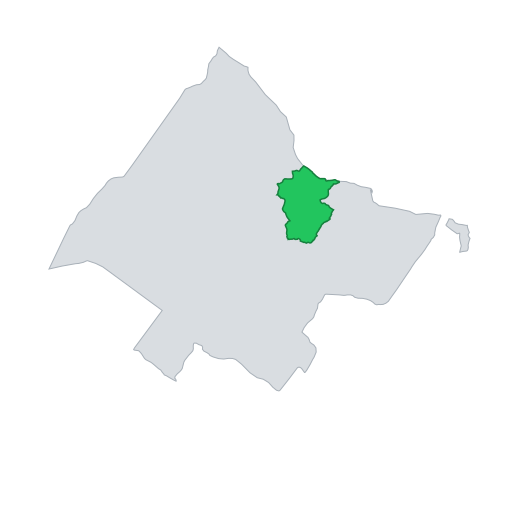 Cuanza Sul on a map of Angola (Albers equal-area conic projection), rotated 125°
{"feature_id": "AGO-1879", "entity_name": "Cuanza Sul", "entity_type": "Province", "adm_level": 1, "iso_a3": "AGO", "parent_name": "Angola", "parent_adm1": "", "projection": "albers", "projection_center": [15.061, -10.94], "detail": "fine", "context": "in_parent", "style": "filled", "palette": "green", "viewbox_px": 512, "rotation_deg": 125, "n_neighbors": 0, "source": "natural_earth", "source_scale": "10m", "svg_char_len": 8252}
<svg xmlns="http://www.w3.org/2000/svg" viewBox="0 0 512 512"><g transform="rotate(125 256 256)"><path d="M404.4,249.7L404.9,253.0L405.3,257.6L405.5,260.9L405.9,262.3L406.0,263.1L405.5,263.9L405.1,265.9L404.4,267.6L404.0,268.8L404.2,271.1L403.5,277.6L403.3,280.8L404.1,286.7L403.9,288.5L401.7,293.8L401.1,296.4L400.9,297.8L402.9,301.8L402.8,302.6L401.2,302.8L399.8,302.8L354.4,301.6L352.9,369.6L352.8,375.3L354.0,383.0L356.5,391.4L357.5,392.2L360.2,393.8L363.8,397.0L365.8,399.4L370.0,403.6L375.4,409.0L385.4,418.1L351.2,423.8L338.1,425.8L337.0,425.8L335.1,424.8L330.9,424.6L325.9,425.7L322.0,426.0L319.2,425.4L316.4,424.2L313.7,422.6L308.9,421.9L302.1,422.2L295.6,421.8L289.3,420.6L284.8,420.1L282.1,420.3L279.2,420.0L276.1,419.0L273.6,417.4L270.5,414.0L268.1,410.9L267.5,410.4L266.7,409.9L265.9,409.8L252.5,409.5L170.4,409.0L160.8,409.6L160.1,409.5L158.9,409.1L158.1,408.4L155.4,406.6L153.1,405.3L149.9,403.0L147.8,400.5L146.1,399.7L143.0,399.3L140.7,398.8L138.8,398.7L135.5,400.0L133.0,401.1L131.2,402.3L128.1,403.6L125.5,404.9L121.0,404.8L120.0,405.0L117.5,404.9L115.1,403.8L112.7,404.0L110.0,405.4L106.2,406.0L107.0,396.6L107.9,392.5L107.9,387.5L107.2,374.6L106.5,372.8L106.0,370.8L108.4,369.2L109.6,367.9L111.2,365.8L112.3,362.8L113.6,356.2L118.5,340.9L120.8,325.9L123.7,318.8L124.8,310.9L133.2,300.6L135.2,294.3L139.6,291.1L145.8,287.8L150.2,281.9L152.3,277.9L154.7,270.1L154.6,262.0L156.1,251.1L155.8,248.0L153.4,243.7L153.0,240.6L150.8,237.6L148.5,235.3L147.4,231.2L143.3,224.8L142.2,220.5L140.3,217.4L139.9,213.6L138.9,209.6L136.9,205.6L135.0,201.1L135.0,199.7L136.1,197.9L137.3,197.4L136.9,198.2L136.1,199.3L136.3,200.1L143.8,192.0L144.3,190.5L144.0,188.7L144.0,186.6L144.3,184.1L137.0,169.4L131.3,155.8L130.3,148.9L122.7,139.9L119.6,134.0L117.9,129.9L116.6,128.3L117.1,127.5L119.0,127.3L123.4,126.3L129.3,125.2L134.7,122.8L136.2,121.7L139.1,121.4L142.0,122.1L143.1,121.6L143.7,121.6L150.7,121.5L153.5,121.3L158.9,121.4L162.3,121.6L164.2,121.8L169.4,122.2L175.8,122.1L178.1,121.9L186.6,121.8L202.5,121.5L210.8,121.6L217.2,121.6L220.1,122.5L222.7,124.1L223.9,125.6L224.5,126.3L225.3,127.8L226.7,129.1L227.2,131.0L226.8,133.6L226.9,136.7L227.8,140.4L229.5,144.3L232.1,148.3L233.2,151.5L232.9,153.9L233.7,156.4L235.6,159.0L237.0,160.4L237.9,161.5L240.1,165.5L247.2,176.9L248.3,177.5L249.9,177.3L253.2,176.8L256.5,176.8L258.9,177.8L259.9,177.6L263.5,175.7L267.0,175.2L270.7,174.4L272.7,173.7L274.9,173.7L281.0,175.3L282.1,175.4L287.0,175.5L292.0,174.7L292.8,168.2L292.8,166.9L294.0,164.5L295.6,162.4L295.8,160.4L295.7,157.6L296.9,154.2L300.2,151.6L305.6,150.4L308.6,150.2L313.4,149.5L320.7,148.9L323.4,149.1L323.6,149.4L322.0,154.1L321.9,155.6L322.4,157.1L323.7,158.0L338.1,158.5L352.0,159.3L352.8,159.5L353.4,159.9L354.2,162.2L353.9,166.7L352.4,173.2L352.8,179.4L355.0,185.2L355.1,194.0L352.9,205.8L352.4,213.3L353.4,216.5L355.6,219.8L358.9,223.3L361.5,227.8L363.3,233.3L363.9,236.8L363.3,238.2L363.3,240.6L363.8,244.1L363.1,246.4L361.2,247.5L360.5,249.1L361.4,252.1L361.6,254.8L362.8,256.7L363.7,256.8L365.6,255.9L368.0,254.1L369.8,253.4L372.4,253.6L376.0,254.2L382.4,254.5L384.4,254.2L390.5,251.9L392.0,251.8L394.4,252.1L397.7,252.9L401.1,253.2L402.7,252.5L402.9,251.5L403.5,250.2L404.4,249.7ZM136.1,91.1L135.7,91.5L132.9,92.6L130.0,93.7L126.2,97.9L124.2,99.7L123.6,100.2L121.9,101.2L120.6,102.1L120.6,102.5L121.5,103.1L122.4,104.0L122.4,110.8L122.0,117.6L121.6,118.2L119.1,118.4L115.8,118.9L114.8,119.2L114.4,118.5L113.3,116.1L113.9,113.7L114.6,112.0L113.8,108.4L112.1,105.3L110.3,101.2L109.7,100.5L111.2,99.2L113.4,96.3L114.3,94.8L116.9,94.5L117.9,93.4L118.6,91.8L118.8,90.8L121.7,90.0L125.3,88.6L127.2,87.0L129.2,86.1L130.4,86.0L131.2,86.4L133.5,89.0L135.4,90.7L136.1,91.1Z" fill="#d9dde1" stroke="#a8b0b8" stroke-width="1"/><path d="M154.9,268.5L154.5,264.5L154.6,261.8L154.7,261.2L154.9,260.8L154.7,260.6L154.7,260.3L154.8,260.0L154.9,259.7L154.9,258.3L154.9,258.1L155.0,257.8L155.5,257.2L155.5,256.9L155.5,256.2L156.1,252.6L156.1,251.2L156.1,249.3L156.0,248.4L155.7,247.6L153.4,244.4L153.2,243.9L153.2,243.5L153.4,243.0L154.2,242.1L154.2,241.7L154.1,241.3L153.8,240.9L152.7,240.1L152.6,239.8L152.5,239.6L150.1,236.8L148.6,235.5L148.2,235.0L148.1,234.5L148.0,232.8L147.9,232.3L147.7,231.7L147.2,231.0L147.5,230.3L147.6,230.2L147.8,230.1L148.1,230.1L148.3,230.2L148.7,230.5L148.9,230.7L149.0,230.8L149.2,231.0L149.5,231.0L150.9,231.8L151.2,232.0L151.3,232.2L151.5,232.4L152.2,233.4L152.4,233.8L152.5,233.9L152.9,233.8L153.0,233.7L152.9,233.6L153.0,233.5L153.8,233.7L154.2,233.8L154.9,233.8L155.2,233.8L155.4,234.0L155.5,234.1L156.0,234.2L157.4,234.0L157.8,234.0L158.3,234.0L159.0,234.2L159.3,234.4L159.6,234.6L159.7,234.8L159.8,234.8L160.0,234.9L160.4,234.7L160.9,234.3L161.8,233.8L163.4,232.4L163.9,232.1L164.5,231.8L165.1,231.7L165.7,231.6L166.2,231.7L166.9,231.8L167.7,232.0L169.5,232.8L170.1,233.4L170.6,233.9L171.7,234.9L173.3,235.7L174.0,235.0L174.7,233.9L174.9,233.3L175.0,232.8L174.9,231.7L174.1,231.0L173.8,230.6L173.5,230.0L173.4,229.5L173.6,228.9L173.8,228.3L173.6,227.4L173.1,226.0L173.1,225.4L173.4,224.8L173.7,224.3L173.9,223.6L174.0,222.7L173.9,220.9L173.7,219.0L174.6,219.0L175.1,219.1L175.4,219.1L178.0,218.7L178.3,218.4L178.5,218.0L178.7,217.9L179.0,217.9L179.2,218.0L179.5,218.0L179.8,217.8L180.8,217.6L182.7,217.7L183.1,217.5L183.1,217.3L183.0,216.8L183.1,216.6L183.3,216.5L183.6,216.6L184.3,216.8L186.3,217.6L186.5,217.7L186.9,217.7L187.1,217.8L187.1,218.2L187.6,218.3L187.7,218.5L187.8,218.6L188.0,218.8L188.6,218.9L188.8,218.9L188.9,219.1L189.3,219.5L189.9,219.6L190.2,219.6L190.3,219.7L190.5,219.6L191.0,219.7L191.6,219.9L191.9,220.1L192.2,220.0L192.6,220.0L193.0,220.1L193.3,220.1L193.7,220.1L194.2,219.8L196.1,219.6L196.3,219.7L196.7,219.8L196.9,219.8L196.9,219.7L197.0,219.6L197.8,219.5L198.3,219.6L198.7,219.6L199.4,219.3L199.7,219.3L200.3,219.5L200.8,219.5L203.1,219.3L203.4,219.2L203.7,218.9L204.0,218.6L204.2,218.3L204.2,218.0L204.2,217.8L204.3,217.6L204.6,217.6L204.8,217.6L205.1,217.9L205.3,217.9L205.8,218.0L206.5,218.1L207.0,218.1L207.3,218.1L207.6,218.0L207.8,217.8L208.0,217.7L208.4,217.7L208.5,217.8L208.9,217.9L209.2,217.8L209.4,217.7L209.7,217.8L209.9,217.9L210.4,218.3L210.7,218.0L211.1,218.1L211.5,218.2L212.0,218.3L213.0,218.3L213.5,218.5L213.9,218.8L214.2,219.1L214.4,219.5L214.6,219.9L214.6,220.4L214.7,220.8L215.0,221.2L215.3,221.5L215.5,221.7L216.1,221.8L216.3,221.9L216.5,222.1L216.6,222.3L216.8,223.9L217.0,224.3L217.4,224.5L218.3,228.3L218.0,228.5L217.6,228.7L217.3,229.0L217.1,229.5L217.2,230.6L217.2,231.0L217.4,231.4L217.6,231.5L217.9,231.7L218.2,231.7L218.5,231.7L218.6,231.9L218.8,232.0L219.9,233.4L220.0,233.7L219.8,234.5L219.8,234.8L220.0,235.0L220.5,235.3L221.1,235.6L222.5,237.4L222.6,237.6L222.8,237.8L223.3,238.2L223.6,238.9L223.8,239.0L224.0,239.2L223.3,239.6L223.2,239.7L223.2,239.9L223.2,240.1L223.3,240.2L223.4,240.4L223.4,240.5L222.6,241.6L222.5,241.8L222.4,241.8L221.8,242.0L221.3,242.2L220.4,243.5L219.8,244.0L219.2,244.4L217.8,245.1L216.9,245.6L216.3,246.2L215.8,246.8L214.4,249.1L214.0,249.6L213.5,249.8L213.1,249.8L212.8,249.8L212.4,249.6L211.6,249.4L210.1,249.5L209.5,249.5L209.0,249.3L207.7,248.4L206.7,251.7L206.3,252.8L205.8,253.7L204.3,255.9L203.7,256.6L203.7,258.4L203.3,259.6L202.7,260.8L202.1,261.4L199.6,262.0L197.7,262.4L197.0,262.6L196.2,263.0L194.3,263.7L193.4,264.6L193.0,266.2L193.6,267.2L193.7,267.7L193.7,267.9L193.7,268.3L193.8,268.4L193.9,268.6L194.1,268.7L194.2,268.8L194.3,269.0L194.2,269.1L194.1,269.3L194.0,269.5L193.9,269.8L194.0,270.3L193.9,270.4L193.9,270.5L193.7,270.7L193.5,270.9L193.5,271.0L193.7,271.3L193.8,271.4L193.8,271.6L193.7,271.9L193.7,272.0L193.5,272.5L193.4,273.2L193.5,273.5L193.8,273.9L192.6,273.9L192.0,273.9L191.6,274.2L191.3,274.5L191.0,274.7L190.7,274.8L190.0,275.0L187.2,275.9L186.6,276.5L186.1,277.1L184.9,279.8L184.4,279.8L183.9,279.4L183.7,279.0L183.5,278.5L183.1,278.1L180.8,277.0L180.3,276.8L179.7,276.8L178.6,277.2L177.8,277.2L176.4,276.8L175.6,275.7L174.9,274.4L172.6,271.2L171.8,270.6L171.3,270.5L170.7,270.6L170.1,270.8L168.9,271.6L168.4,272.0L167.2,273.6L165.7,274.8L164.5,273.3L163.9,272.8L162.8,272.1L162.5,271.6L162.3,271.1L162.1,269.9L161.8,269.4L161.3,269.2L160.8,269.1L159.4,269.3L157.3,268.9L156.7,268.9L156.1,268.8L154.9,268.5L154.9,268.5Z" fill="#22c55e" stroke="#15803d" stroke-width="1.5"/></g></svg>